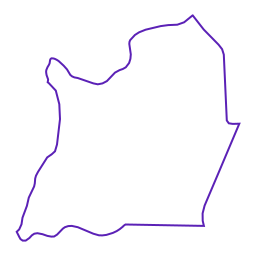 Machinga, orthographic projection
{"feature_id": "MWI-1904", "entity_name": "Machinga", "entity_type": "District", "adm_level": 1, "iso_a3": "MWI", "parent_name": "Malawi", "parent_adm1": "", "projection": "orthographic", "projection_center": [35.438, -14.901], "detail": "fine", "context": "isolated", "style": "outline", "palette": "violet", "viewbox_px": 256, "rotation_deg": 0, "n_neighbors": 0, "source": "natural_earth", "source_scale": "10m", "svg_char_len": 1318}
<svg xmlns="http://www.w3.org/2000/svg" viewBox="0 0 256 256"><path d="M192.7,15.4L203.7,29.5L218.5,44.6L222.1,49.2L223.8,54.6L226.8,120.5L228.8,123.3L232.8,123.9L239.3,123.7L227.8,150.9L219.4,170.8L204.6,205.6L202.6,213.4L202.7,220.8L203.9,225.9L125.5,224.5L124.7,225.0L123.5,225.9L122.9,226.6L119.8,229.1L116.7,231.1L112.9,232.9L106.4,234.9L102.3,235.4L98.9,235.3L93.3,233.7L77.8,227.2L71.8,225.9L68.2,226.1L64.9,227.2L62.9,228.6L57.1,234.6L54.1,236.5L51.3,236.6L47.4,235.9L42.5,234.2L37.4,233.2L34.3,233.7L31.9,235.3L29.4,238.0L25.7,240.6L22.7,240.6L20.5,239.1L19.3,237.0L16.7,231.8L19.2,229.4L21.5,224.3L22.5,217.7L26.9,205.9L28.8,197.6L34.1,186.5L34.8,183.4L35.2,178.5L36.0,175.7L38.0,171.9L47.2,157.4L51.8,154.2L55.0,151.3L57.0,144.5L60.0,119.1L59.3,104.2L55.8,90.6L48.6,82.9L47.7,82.3L48.1,79.7L48.0,79.1L46.6,75.2L46.3,73.5L46.1,71.8L46.3,70.1L47.5,67.2L49.0,64.7L49.6,63.3L50.1,60.0L50.7,58.8L51.6,58.3L53.7,58.5L55.1,59.0L56.7,59.8L58.6,61.0L63.7,65.7L67.0,69.4L70.3,74.9L72.1,76.4L74.4,77.4L77.7,78.0L93.4,83.4L97.8,84.3L102.5,83.4L106.9,81.1L115.0,72.6L119.6,70.1L122.8,69.0L125.8,67.3L129.1,63.0L130.4,58.8L130.8,54.4L129.3,43.9L129.5,41.8L130.2,40.1L134.9,35.0L139.1,32.3L145.6,29.7L160.7,26.1L168.2,25.1L177.3,24.7L184.1,22.3L192.6,15.4L192.7,15.4Z" fill="none" stroke="#5b21b6" stroke-width="2"/></svg>